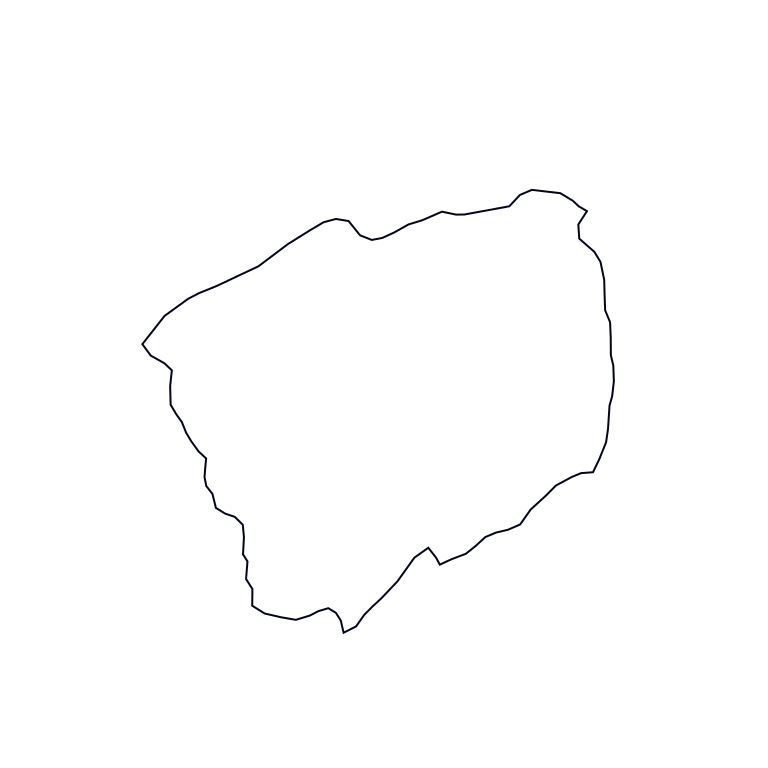 outline of Santa Clara d'Oeste, São Paulo, Brazil, rotated 34°
{"feature_id": "56859067B75197166096167", "entity_name": "Santa Clara d'Oeste", "entity_type": "district", "adm_level": 2, "iso_a3": "BRA", "parent_name": "Brazil", "parent_adm1": "São Paulo", "projection": "equal_earth", "projection_center": [-50.906, -20.066], "detail": "fine", "context": "isolated", "style": "outline", "palette": "ink", "viewbox_px": 768, "rotation_deg": 34, "n_neighbors": 0, "source": "geoboundaries", "source_scale": "gbopen_adm2", "svg_char_len": 1389}
<svg xmlns="http://www.w3.org/2000/svg" viewBox="0 0 768 768"><g transform="rotate(34 384 384)"><path d="M164.0,450.2L161.4,486.1L174.8,490.9L190.3,489.6L200.5,491.3L207.8,505.2L218.7,520.5L228.8,525.3L237.7,528.6L247.3,535.1L256.1,539.2L268.0,543.6L278.2,545.2L282.7,553.5L287.3,561.6L293.8,568.0L303.3,571.1L313.9,580.7L324.7,580.3L334.6,577.6L345.7,579.7L353.6,589.4L362.4,604.1L370.0,607.4L378.7,622.8L389.6,627.6L398.7,641.5L413.4,641.0L429.0,635.0L442.8,628.8L451.9,617.6L456.7,608.9L463.2,601.0L472.1,600.6L480.5,604.3L489.6,612.8L496.4,600.6L496.7,586.5L498.9,574.9L501.6,563.3L505.5,540.2L506.3,511.0L512.3,495.0L524.1,498.8L531.3,502.5L538.1,491.3L546.8,479.0L550.6,466.8L553.6,454.2L559.9,444.6L568.3,435.5L575.4,424.3L575.8,406.0L580.8,385.3L583.3,372.0L591.6,356.2L597.2,347.7L606.6,340.3L604.6,326.4L600.7,308.1L594.9,296.1L583.0,275.7L580.0,266.6L573.1,253.3L563.8,240.5L555.9,233.2L546.0,218.7L536.9,206.4L526.1,199.2L516.7,186.3L508.3,174.5L495.3,161.8L484.5,156.8L464.6,154.3L455.9,143.1L455.6,127.2L446.0,127.8L438.2,126.5L423.5,127.2L398.0,140.4L391.0,151.2L388.5,166.6L355.9,198.5L349.0,203.3L335.7,208.7L324.2,226.8L315.1,238.0L307.6,252.9L300.9,263.9L293.3,271.4L281.0,274.1L263.5,268.7L251.8,274.1L243.4,283.8L236.9,297.5L226.0,322.0L214.1,356.6L203.3,374.7L190.6,396.1L179.9,412.0L174.1,422.6L164.0,450.2Z" fill="none" stroke="#020617" stroke-width="2"/></g></svg>